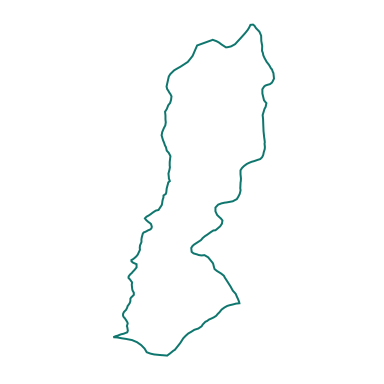 Ose, Ondo, Nigeria (Mercator projection), rotated 174°
{"feature_id": "59680162B83455285452940", "entity_name": "Ose", "entity_type": "district", "adm_level": 2, "iso_a3": "NGA", "parent_name": "Nigeria", "parent_adm1": "Ondo", "projection": "mercator", "projection_center": [5.755, 7.05], "detail": "fine", "context": "isolated", "style": "outline", "palette": "teal", "viewbox_px": 384, "rotation_deg": 174, "n_neighbors": 0, "source": "geoboundaries", "source_scale": "gbopen_adm2", "svg_char_len": 4294}
<svg xmlns="http://www.w3.org/2000/svg" viewBox="0 0 384 384"><g transform="rotate(174 192 192)"><path d="M240.5,171.7L241.6,170.7L240.8,169.3L239.7,168.0L238.4,166.6L237.4,165.8L236.1,164.4L235.6,161.7L235.9,160.6L236.7,159.6L237.7,159.0L239.6,158.5L241.4,157.7L242.8,157.2L244.1,156.9L245.2,155.9L246.2,153.4L246.8,151.8L247.3,149.9L247.4,148.3L247.6,147.3L249.3,144.3L249.8,141.9L249.8,140.0L250.6,138.6L251.7,136.8L252.5,135.4L254.1,133.8L256.3,132.2L257.6,131.4L259.4,130.6L259.4,129.3L257.9,127.8L254.7,126.0L255.0,122.8L255.8,122.0L257.2,120.6L259.3,118.8L260.4,117.7L262.0,116.6L262.5,116.1L263.8,114.7L264.1,113.5L264.1,113.1L262.8,111.5L261.0,108.3L261.6,106.1L261.6,102.6L261.6,101.8L261.4,100.2L260.4,98.0L260.6,95.8L262.2,94.5L263.6,93.4L264.4,92.4L264.7,89.9L265.5,88.1L266.6,86.7L267.9,85.4L268.7,83.5L270.0,81.6L271.4,80.5L272.2,79.8L273.2,78.2L273.5,76.8L273.3,75.4L272.8,74.4L272.0,73.5L271.2,71.9L270.4,70.3L269.9,69.2L269.7,67.9L270.2,66.8L270.8,65.4L270.5,64.4L270.3,60.8L271.1,59.2L273.0,58.7L274.8,58.2L277.4,57.9L279.3,57.4L280.9,56.9L283.0,56.6L285.4,55.8L281.6,55.2L277.3,53.9L274.2,53.1L272.6,52.7L272.4,52.6L267.1,51.0L262.4,48.4L258.5,45.0L255.5,41.2L253.8,37.4L253.2,37.1L250.4,35.7L249.0,35.2L246.6,34.4L242.7,33.6L238.7,32.8L237.9,32.7L233.8,31.9L233.0,32.4L230.8,33.7L227.0,36.2L225.7,36.7L223.6,38.8L219.4,43.1L216.0,47.4L213.4,49.6L210.5,51.7L207.5,53.0L204.1,54.7L199.8,55.6L199.2,56.0L196.5,57.4L195.2,59.1L192.2,61.6L190.5,62.1L188.4,63.4L185.8,64.2L183.3,65.1L180.8,66.4L179.1,68.1L177.4,69.4L174.8,72.0L171.9,73.7L168.9,75.0L166.3,75.5L162.9,75.9L160.0,76.4L156.5,76.4L156.6,77.7L157.4,80.6L158.3,83.2L159.2,86.2L161.7,89.6L162.6,91.7L163.5,93.9L165.2,97.3L166.9,100.7L168.2,103.2L169.1,105.4L169.3,105.7L169.8,106.1L171.6,107.9L175.5,110.9L177.6,113.0L178.0,115.1L178.5,118.6L178.9,119.4L180.9,122.5L182.8,125.4L186.2,127.9L189.2,127.9L192.2,128.7L193.0,129.2L196.9,130.8L198.6,132.5L198.6,136.4L197.3,138.1L195.6,139.4L189.7,142.4L188.0,143.3L186.3,145.0L183.8,146.7L181.2,148.0L177.4,150.2L174.8,151.5L172.7,151.5L171.4,152.3L167.6,154.9L165.6,157.3L165.5,157.5L164.7,160.5L166.0,162.6L167.2,163.9L169.4,166.5L170.7,170.3L170.3,174.1L167.3,176.7L163.9,177.6L160.5,178.0L158.8,178.0L152.4,178.5L150.3,179.4L148.2,180.2L146.5,182.4L144.8,185.0L144.0,187.1L143.5,188.8L143.6,190.9L143.5,191.2L143.1,193.9L142.7,196.5L142.3,197.8L141.9,200.4L141.9,204.6L141.5,208.5L139.8,210.6L137.7,212.3L134.7,214.1L132.6,214.9L129.6,215.8L127.1,216.2L123.3,217.1L120.7,217.6L118.6,219.3L117.3,221.4L116.5,224.0L115.2,227.0L114.8,229.1L114.8,232.5L114.4,233.8L114.4,235.5L114.5,239.4L114.5,244.9L114.1,251.3L113.7,256.9L113.7,261.1L111.2,267.1L109.9,268.9L108.7,272.6L109.8,274.1L110.8,275.7L111.7,282.5L111.3,286.8L109.2,289.4L107.9,290.2L105.8,290.7L103.2,291.1L101.1,292.4L100.0,293.9L99.9,294.1L98.6,296.2L98.6,300.1L98.6,301.8L99.1,303.1L99.7,305.7L100.4,306.4L101.5,309.0L102.1,310.3L104.2,313.7L106.0,318.0L106.8,320.5L107.0,322.9L107.6,325.1L106.9,329.9L107.3,335.0L106.9,340.2L107.4,341.8L108.2,344.4L111.2,348.2L112.5,350.8L113.8,352.1L116.4,352.1L118.0,349.5L119.7,347.3L122.7,344.3L126.9,340.5L128.0,339.5L130.3,337.5L133.7,334.5L138.0,332.7L141.4,332.3L143.1,332.3L147.3,335.7L148.8,337.1L149.5,337.8L152.0,339.5L154.3,340.6L155.5,341.2L156.9,340.8L157.4,340.7L171.6,337.2L175.7,329.9L177.1,327.4L179.2,325.2L181.3,323.1L182.6,321.8L190.2,317.9L194.1,316.2L197.0,314.9L201.3,311.5L203.0,309.3L206.3,299.5L205.9,296.9L205.0,295.2L204.1,293.1L203.3,291.8L202.4,289.3L203.2,285.8L204.4,283.0L204.5,282.8L204.7,282.7L205.0,282.3L206.6,280.7L208.3,277.3L209.7,275.5L210.4,274.7L210.4,270.9L210.8,267.0L210.8,266.6L210.8,264.0L211.6,261.0L213.3,258.5L215.4,254.6L215.9,252.8L216.1,252.3L216.2,251.8L216.3,251.6L215.8,248.6L215.4,246.5L214.5,243.5L214.1,241.4L213.2,239.2L212.8,235.8L211.0,233.3L209.7,229.9L211.0,224.3L211.4,220.9L211.4,218.8L212.2,216.2L213.5,212.8L213.5,210.6L213.5,208.9L213.6,208.0L212.9,205.2L214.6,204.0L215.1,202.5L215.6,201.3L215.8,200.8L216.0,200.2L216.8,198.2L217.6,194.4L218.3,192.8L220.7,191.5L221.0,189.4L221.8,187.8L222.4,185.9L222.9,183.7L223.5,182.1L226.4,178.6L226.7,178.2L227.2,177.6L229.9,177.3L232.5,176.0L233.9,175.2L235.2,174.4L237.6,173.1L239.2,172.5L240.5,171.7Z" fill="none" stroke="#0f766e" stroke-width="2"/></g></svg>